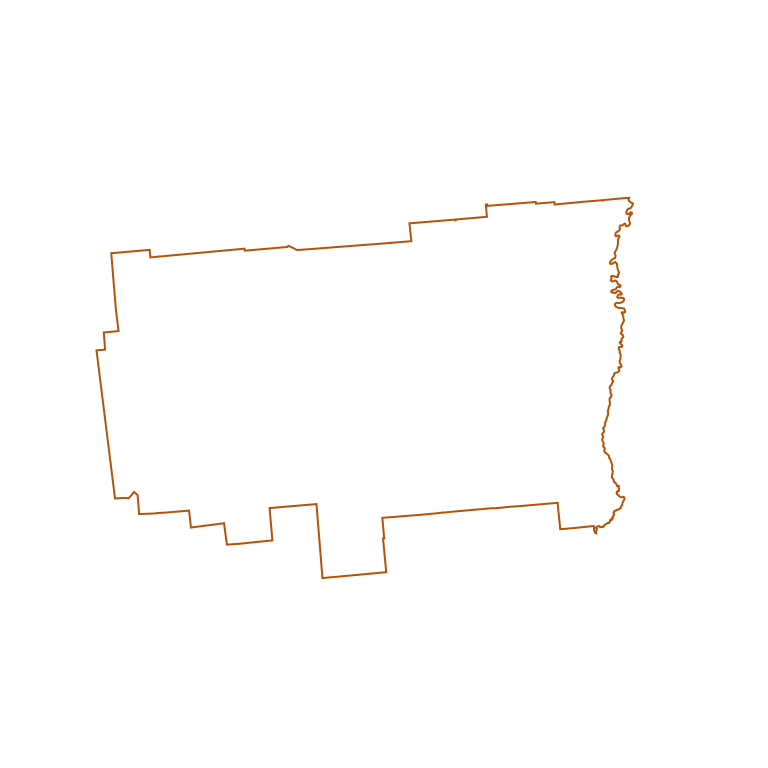 Cruz Alta, Tucumán, Argentina (orthographic projection), rotated 163°
{"feature_id": "61730980B32203515925344", "entity_name": "Cruz Alta", "entity_type": "district", "adm_level": 2, "iso_a3": "ARG", "parent_name": "Argentina", "parent_adm1": "Tucumán", "projection": "orthographic", "projection_center": [-65.189, -26.91], "detail": "fine", "context": "isolated", "style": "outline", "palette": "amber", "viewbox_px": 768, "rotation_deg": 163, "n_neighbors": 0, "source": "geoboundaries", "source_scale": "gbopen_adm2", "svg_char_len": 6132}
<svg xmlns="http://www.w3.org/2000/svg" viewBox="0 0 768 768"><g transform="rotate(163 384 384)"><path d="M674.7,353.2L665.4,350.9L661.6,349.3L654.6,353.8L652.1,349.8L656.2,331.2L639.5,326.8L639.0,327.0L631.4,325.1L607.4,319.9L610.6,303.2L577.7,297.6L581.2,276.3L570.0,273.8L569.8,273.6L550.5,269.9L536.5,267.0L529.7,298.8L483.7,288.9L499.6,216.4L436.9,203.4L430.1,236.5L429.0,236.2L424.7,256.5L387.2,248.2L372.6,245.2L364.5,243.7L364.2,243.5L355.4,241.8L315.9,233.4L315.7,233.0L298.7,229.6L290.6,227.7L252.7,219.6L254.1,212.9L257.9,193.6L244.4,190.7L225.0,186.9L225.2,184.3L225.7,183.7L225.9,182.3L225.4,180.7L225.6,179.7L224.7,179.2L224.7,179.8L224.2,181.1L223.6,181.7L222.8,183.4L222.8,183.7L223.2,184.5L223.0,185.0L220.3,185.4L219.6,185.0L219.1,183.8L217.3,183.8L216.7,183.3L216.3,183.1L215.1,184.0L214.5,184.7L210.8,185.6L209.9,185.4L208.7,185.7L208.4,186.3L207.0,188.2L206.7,188.2L206.6,187.6L206.3,187.3L205.7,187.8L204.8,188.2L204.6,188.7L204.6,189.9L204.5,190.0L203.8,190.0L203.4,190.6L202.5,191.5L202.1,192.3L202.2,193.5L201.9,193.6L201.7,194.0L201.1,194.5L201.0,195.1L199.0,195.2L198.3,195.6L197.2,195.4L196.2,195.7L195.6,195.6L195.1,195.7L194.6,196.1L194.1,196.0L193.3,197.4L191.7,198.6L190.4,201.0L188.1,203.2L187.4,204.3L187.4,205.2L187.9,206.0L188.2,206.2L188.9,205.9L190.2,206.4L191.3,207.2L192.8,209.7L193.4,210.8L193.4,211.5L193.1,212.4L192.8,212.8L191.9,212.7L191.5,213.3L190.6,213.1L190.1,214.1L189.6,216.8L189.6,217.4L189.3,217.8L189.9,218.2L190.6,217.8L190.9,218.0L191.0,218.7L191.0,219.9L191.2,220.8L191.8,222.0L192.2,222.3L192.7,223.5L192.7,224.3L192.4,225.1L192.4,225.5L193.4,228.0L192.6,230.2L191.6,231.5L191.2,232.7L190.7,233.6L190.7,236.6L189.8,238.4L189.4,239.8L189.7,246.6L190.3,247.5L190.0,248.6L189.9,249.7L191.6,252.6L192.1,253.2L192.6,253.5L192.9,254.8L192.8,256.2L192.5,256.8L191.9,257.3L191.6,257.9L191.8,258.6L192.4,259.4L192.6,260.9L191.7,261.9L191.3,263.3L191.3,264.0L191.7,265.9L191.7,267.0L191.2,267.7L190.2,268.8L189.8,270.0L190.2,271.8L190.1,272.0L189.6,272.9L188.5,273.2L187.8,273.8L187.4,274.6L187.2,275.5L187.4,277.6L187.1,278.0L186.0,278.4L185.7,278.6L184.3,280.8L184.1,281.4L184.2,281.9L183.9,282.4L182.1,284.3L181.3,285.4L181.4,285.8L181.3,286.1L179.0,288.7L178.3,290.3L178.0,291.5L178.1,291.9L177.7,292.9L176.5,294.7L175.6,296.6L174.5,297.6L174.0,298.2L172.7,303.6L172.2,304.5L171.5,305.0L171.1,305.0L170.3,305.7L169.7,306.9L169.7,307.6L170.1,309.1L169.1,311.9L169.3,312.5L169.4,314.2L169.1,314.9L168.2,315.9L166.7,316.6L165.8,318.1L164.3,319.2L163.9,319.6L164.6,321.4L164.7,322.0L163.4,323.6L161.8,324.7L161.3,325.8L160.7,326.5L159.6,327.0L158.5,327.0L157.9,326.8L157.0,326.9L155.7,327.3L155.2,327.7L155.0,328.5L155.0,329.3L155.3,330.2L155.0,331.2L154.6,331.4L153.9,331.4L153.7,331.0L152.9,330.7L152.2,331.0L151.7,331.5L151.6,333.3L152.2,334.7L152.3,335.5L151.9,337.1L150.5,338.9L150.0,340.5L149.2,342.4L149.1,343.8L149.3,344.5L149.4,345.3L148.9,346.5L148.9,347.4L149.3,348.7L149.0,350.1L148.7,350.4L148.2,350.6L147.1,350.3L146.1,349.9L145.5,350.0L145.1,350.4L145.0,351.4L146.3,354.0L146.4,354.6L146.2,355.1L145.1,354.9L144.6,355.1L144.0,356.0L144.2,356.5L144.1,357.1L143.1,358.0L141.6,358.9L141.2,359.6L141.4,361.1L142.4,362.3L142.6,362.9L142.7,363.5L141.7,364.3L140.7,365.4L140.7,367.5L140.8,368.2L140.6,368.9L140.1,370.0L139.6,370.8L138.2,371.9L137.6,373.0L136.6,373.6L136.1,374.1L135.8,376.1L135.9,376.6L135.3,379.3L135.6,380.4L135.8,382.7L135.5,383.0L134.9,382.9L133.7,382.1L133.1,382.4L132.5,382.3L132.2,382.6L132.1,384.7L132.2,385.4L132.5,385.8L133.8,386.8L137.6,388.3L138.2,388.7L139.7,390.3L140.1,391.5L139.8,392.7L138.9,393.5L138.2,393.6L137.3,393.5L134.9,392.5L131.6,392.8L130.9,393.1L130.2,393.8L129.6,395.0L129.6,395.6L130.2,396.5L131.8,397.0L132.9,397.6L134.7,397.8L135.3,398.2L135.5,398.7L135.5,399.2L134.8,400.1L133.5,400.8L132.8,400.9L131.6,400.2L130.7,400.4L130.3,400.6L130.2,401.0L130.3,401.5L131.7,403.8L132.4,404.3L133.4,404.5L134.6,404.1L135.3,403.5L136.5,403.4L137.3,403.8L137.7,404.3L138.8,404.5L139.5,405.0L139.7,405.5L139.5,406.4L139.0,406.9L137.9,406.7L137.6,407.0L136.8,407.1L136.0,406.9L134.8,406.9L134.1,407.3L133.3,408.1L132.0,408.6L131.2,408.4L130.1,407.7L129.5,408.1L129.0,408.7L129.0,409.2L130.1,410.1L131.0,411.2L131.2,411.7L131.3,413.7L132.0,414.9L132.7,415.3L133.5,415.4L135.5,415.3L136.3,415.7L136.7,416.4L136.7,416.8L136.3,417.5L135.5,418.6L135.4,420.3L135.0,420.6L134.3,420.7L133.6,420.3L133.0,420.2L131.3,418.9L130.6,418.6L129.8,418.0L129.3,417.9L128.6,418.9L128.1,420.5L127.3,420.8L126.7,421.9L126.9,425.1L126.8,427.1L126.1,430.6L127.0,432.7L127.2,433.0L128.0,433.1L130.0,432.3L131.6,432.3L132.1,432.5L132.5,432.9L132.6,433.8L131.8,434.9L129.5,436.3L128.2,436.8L126.6,436.7L125.9,437.3L125.1,438.9L125.0,440.2L125.2,441.6L124.9,442.4L123.1,443.9L121.5,445.6L119.3,449.6L118.7,451.7L117.7,454.2L116.0,455.8L115.7,456.8L116.2,457.4L117.1,457.6L118.8,457.3L119.2,457.9L119.3,458.9L118.4,460.5L117.3,461.2L115.1,461.7L113.7,462.4L113.2,462.9L113.0,463.3L112.9,464.0L113.1,464.6L112.8,465.4L112.1,466.2L111.4,466.5L109.4,466.0L107.9,466.8L107.3,467.0L106.8,467.0L106.5,466.7L106.4,466.3L106.6,464.5L106.2,464.1L105.7,463.8L105.0,463.8L103.6,464.1L102.5,464.8L102.0,465.3L101.7,466.1L101.8,468.7L101.2,471.0L99.1,473.3L97.6,473.9L96.9,474.9L96.9,475.3L97.1,475.6L97.8,476.0L99.1,475.7L100.1,474.9L100.5,474.9L101.6,475.4L102.1,475.8L102.3,476.4L102.3,476.9L101.1,478.7L100.1,479.7L98.5,480.2L97.2,480.0L96.5,480.2L95.2,481.3L94.8,481.8L93.4,482.9L93.3,483.5L93.4,484.3L94.8,485.3L95.3,486.3L95.9,486.9L96.3,488.0L96.2,489.2L95.7,489.9L94.3,490.3L121.1,495.9L121.2,495.4L121.3,495.4L122.4,496.2L122.8,496.2L144.3,500.9L144.6,500.9L149.7,501.9L168.4,505.8L167.8,508.1L185.9,512.0L185.6,513.4L185.7,513.7L233.0,524.1L232.8,525.5L234.2,525.8L236.7,513.8L267.0,520.3L267.6,519.5L268.0,519.7L267.8,520.4L312.7,530.2L316.1,512.6L334.9,516.7L335.8,516.7L336.1,517.0L336.3,516.8L336.9,517.1L425.5,536.9L428.6,537.9L430.7,540.4L431.4,540.8L435.1,544.1L436.3,543.3L478.2,552.2L477.9,554.2L570.4,573.4L568.9,580.8L606.6,588.8L618.6,533.7L622.4,512.2L636.9,515.2L640.7,498.4L649.1,500.2L674.7,353.2Z" fill="none" stroke="#b45309" stroke-width="2"/></g></svg>